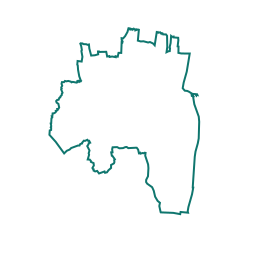 Swords Lea-7, Fingal, Ireland, rotated 346°
{"feature_id": "5873133B96625316158825", "entity_name": "Swords Lea-7", "entity_type": "district", "adm_level": 2, "iso_a3": "IRL", "parent_name": "Ireland", "parent_adm1": "Fingal", "projection": "orthographic", "projection_center": [-6.277, 53.456], "detail": "fine", "context": "isolated", "style": "outline", "palette": "teal", "viewbox_px": 256, "rotation_deg": 346, "n_neighbors": 0, "source": "geoboundaries", "source_scale": "gbopen_adm2", "svg_char_len": 3166}
<svg xmlns="http://www.w3.org/2000/svg" viewBox="0 0 256 256"><g transform="rotate(346 128 128)"><path d="M198.8,112.6L197.7,112.3L197.9,109.7L196.1,107.7L194.5,106.4L192.1,105.5L190.7,102.6L193.0,97.4L198.6,87.6L205.9,70.7L197.8,68.6L195.1,67.3L196.7,61.2L195.9,60.8L198.1,55.0L198.5,52.6L194.1,51.1L194.3,50.3L192.9,50.2L192.1,49.1L189.9,55.9L187.7,60.2L188.1,60.7L187.1,63.5L186.1,63.3L183.7,63.8L185.7,58.9L188.2,48.0L187.5,46.4L184.7,45.7L184.4,44.5L183.4,44.0L183.0,44.4L182.3,42.9L180.5,42.9L180.2,42.2L179.8,42.4L179.1,41.9L173.9,54.2L172.7,52.0L170.1,49.9L168.2,49.9L164.0,47.6L161.3,47.1L158.7,45.6L162.3,35.3L161.4,34.8L159.1,35.0L159.5,34.2L158.2,33.9L157.8,33.3L157.5,33.7L156.5,33.2L155.9,33.6L155.6,32.9L154.8,33.0L154.6,32.5L154.0,33.0L153.5,32.7L153.1,31.4L152.6,31.3L150.7,34.7L147.4,38.2L144.9,39.9L143.5,39.3L143.2,40.8L143.7,42.8L143.2,43.7L142.6,43.2L139.6,53.5L137.0,52.8L135.3,56.3L133.4,55.4L133.2,56.3L129.9,54.8L127.3,54.6L127.3,53.7L125.1,53.6L125.3,48.8L118.3,47.2L118.3,46.7L117.4,46.5L116.9,49.3L113.5,49.4L109.8,48.8L109.7,41.5L110.3,37.5L108.9,37.5L107.7,36.6L104.9,35.8L104.4,35.0L102.5,34.4L102.1,33.8L102.4,37.4L102.1,41.2L101.4,42.0L101.0,47.9L99.1,52.3L95.3,50.8L94.1,54.3L94.4,55.0L93.6,59.6L93.2,66.1L93.7,70.7L94.3,71.7L93.4,70.9L92.4,71.4L92.1,70.4L91.0,70.1L90.1,70.3L90.2,71.4L89.0,71.5L85.6,69.9L84.2,70.0L83.8,69.2L81.4,67.9L79.4,67.8L78.2,67.1L77.0,68.0L75.0,67.5L74.2,69.1L74.4,71.1L73.4,72.1L72.9,72.9L73.2,73.8L72.5,74.4L73.0,78.0L72.1,78.7L71.7,80.0L70.0,81.1L69.7,81.9L68.7,82.1L67.5,83.8L66.1,83.6L64.8,84.5L64.9,86.1L66.3,87.7L66.2,91.4L65.1,92.6L64.0,92.4L64.0,93.5L62.2,93.9L62.4,94.5L61.2,95.4L59.7,95.8L58.4,95.6L57.4,98.3L56.9,98.2L57.0,99.5L56.1,100.0L54.6,104.9L54.1,104.9L54.0,107.6L53.2,108.6L53.5,109.2L52.9,111.3L51.5,111.4L50.1,115.6L54.5,123.9L59.9,137.2L63.1,135.3L66.2,134.8L68.0,133.7L75.2,132.9L76.7,133.3L77.8,132.0L79.7,131.9L79.8,131.3L82.1,129.6L83.2,130.1L85.7,129.6L86.3,130.9L87.2,131.0L87.7,133.1L86.2,133.2L85.7,134.3L84.1,135.7L85.2,140.5L83.7,143.1L83.8,144.5L81.3,148.8L83.2,149.4L84.0,150.9L83.8,151.9L86.1,153.7L85.8,156.1L83.8,158.2L84.0,159.2L84.7,159.8L84.3,161.0L85.6,162.2L87.7,162.2L88.9,165.1L94.7,164.5L94.9,165.9L96.9,165.9L98.9,164.2L101.9,162.7L102.6,159.8L105.8,158.9L106.6,157.7L106.8,155.8L107.7,155.3L106.1,151.2L105.6,151.0L105.8,147.6L107.1,147.8L107.5,144.7L108.4,143.0L112.8,143.9L114.7,145.6L118.3,146.3L120.7,145.9L122.1,146.1L123.4,147.6L131.2,149.1L131.7,149.3L132.6,151.4L132.5,155.1L133.7,154.9L133.8,155.9L136.0,155.8L137.1,156.3L138.1,156.0L139.0,156.4L138.0,159.1L138.7,168.2L138.1,171.9L135.7,179.7L133.1,182.7L132.5,184.8L133.1,186.6L137.1,191.3L137.8,195.1L137.7,201.2L139.1,205.9L140.9,208.3L139.5,211.3L139.3,217.5L139.4,217.8L151.4,221.3L157.8,224.2L158.7,222.2L165.8,224.7L165.8,223.2L167.5,219.3L174.1,207.8L176.9,201.6L176.4,201.4L185.8,172.1L187.8,167.2L192.0,159.8L194.1,155.2L198.6,139.1L199.4,134.1L198.1,121.0L198.8,112.6ZM198.3,110.0L198.0,109.7L197.9,111.9L199.0,112.5L198.7,111.5L199.8,111.1L198.3,110.0ZM203.2,112.0L201.5,111.4L202.2,113.2L203.0,112.4L203.3,112.6L203.2,112.0Z" fill="none" stroke="#0f766e" stroke-width="2"/></g></svg>